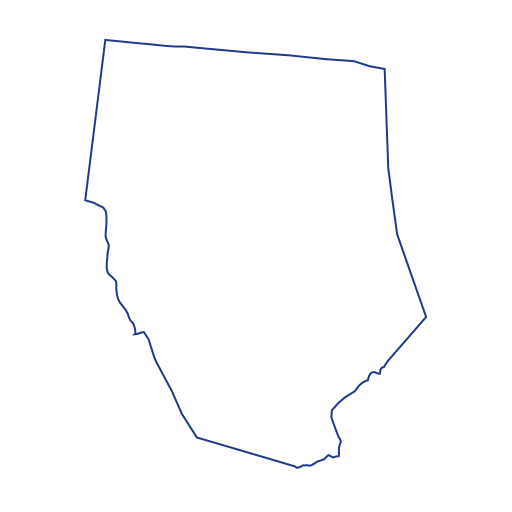 Suba South, Nyanza, Kenya, rotated 97°
{"feature_id": "3690345B8693504737331", "entity_name": "Suba South", "entity_type": "district", "adm_level": 2, "iso_a3": "KEN", "parent_name": "Kenya", "parent_adm1": "Nyanza", "projection": "mercator", "projection_center": [34.175, -0.638], "detail": "fine", "context": "isolated", "style": "outline", "palette": "blue", "viewbox_px": 512, "rotation_deg": 97, "n_neighbors": 0, "source": "geoboundaries", "source_scale": "gbopen_adm2", "svg_char_len": 2006}
<svg xmlns="http://www.w3.org/2000/svg" viewBox="0 0 512 512"><g transform="rotate(97 256 256)"><path d="M443.3,292.8L459.1,197.6L460.1,191.7L461.3,189.7L460.5,187.6L459.5,185.7L458.6,184.7L457.9,183.5L457.9,181.8L457.4,180.1L457.6,177.4L456.8,175.2L455.5,173.7L454.8,172.5L454.0,171.7L453.1,170.9L452.5,169.9L451.8,168.5L450.7,166.1L449.3,163.5L447.2,162.0L446.2,161.1L444.8,159.9L445.6,157.3L446.5,155.2L446.0,153.6L445.2,152.0L444.9,150.7L444.6,149.5L443.0,149.4L440.8,149.7L438.6,150.1L436.2,150.3L434.0,150.0L432.0,149.7L430.4,149.1L428.0,150.0L425.4,152.0L421.6,154.1L417.4,156.3L415.0,157.5L410.9,159.6L407.2,161.4L403.7,161.8L399.7,161.8L391.7,156.2L385.8,150.8L382.8,147.2L378.3,141.6L371.8,137.7L368.8,134.9L366.8,132.1L365.7,129.8L363.1,129.5L360.9,129.0L358.5,127.9L357.0,125.8L356.9,123.7L357.7,121.3L357.8,118.7L353.8,118.6L351.6,117.5L350.6,115.5L348.8,114.7L346.2,113.5L343.4,111.9L295.8,79.7L275.6,89.7L254.2,100.3L228.7,112.9L217.4,118.5L182.1,127.9L168.7,131.3L153.0,135.4L54.7,151.1L53.8,166.2L50.7,182.7L52.1,210.4L52.7,241.6L52.7,245.7L52.9,249.9L55.0,290.7L55.6,312.0L56.3,333.4L56.8,352.2L57.9,361.2L58.3,367.6L58.5,373.1L58.7,384.4L59.3,404.9L59.9,431.9L221.5,432.3L222.9,423.6L224.7,418.9L225.2,417.7L225.6,416.4L226.4,413.7L229.9,410.6L233.8,409.5L240.5,408.5L245.8,408.2L249.9,408.1L252.9,407.9L255.8,407.4L258.5,406.1L260.8,404.6L263.1,403.4L266.5,403.3L269.3,403.5L272.6,403.6L275.2,403.4L276.2,403.4L278.2,403.3L282.0,403.2L286.2,402.7L289.5,401.6L291.7,400.1L293.2,398.1L294.0,397.0L294.5,396.2L296.4,393.7L298.3,391.8L302.0,391.0L305.2,390.8L308.7,389.9L311.7,389.2L315.6,387.6L319.1,385.1L321.3,382.8L323.4,380.9L325.4,378.8L329.1,376.1L331.7,375.0L334.5,373.4L335.3,372.8L335.9,372.1L337.3,370.2L339.3,368.9L341.6,367.8L344.0,367.0L346.5,366.4L347.4,366.3L348.5,367.0L347.8,364.3L345.9,360.4L345.2,358.0L351.7,352.5L369.2,344.5L373.7,341.8L382.1,335.9L385.1,333.8L400.6,322.9L421.8,310.3L442.6,293.2L443.3,292.8Z" fill="none" stroke="#1e3a8a" stroke-width="2"/></g></svg>